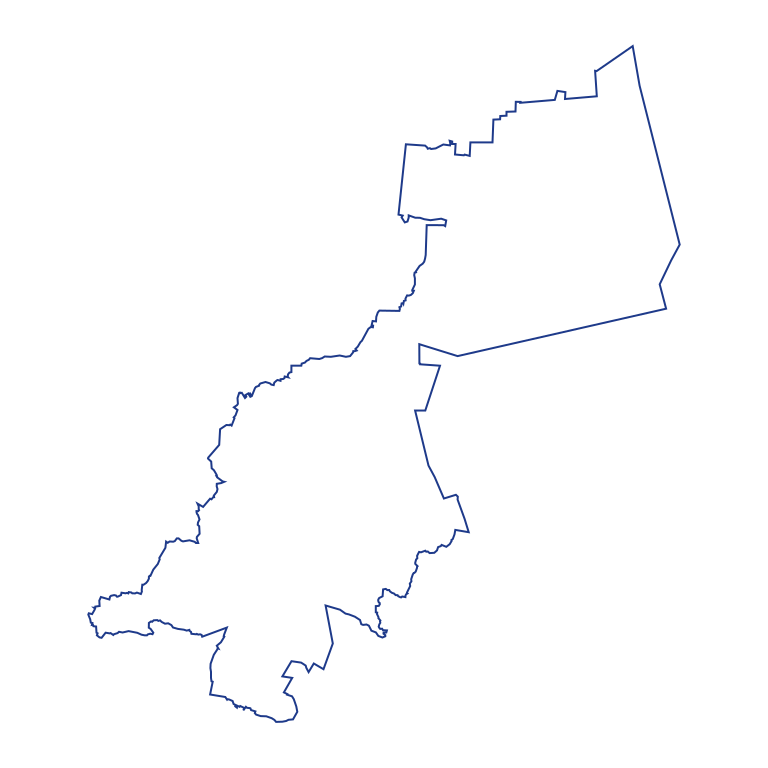 the district of Guadalupe, Zacatecas, Mexico
{"feature_id": "50627088B774169449273", "entity_name": "Guadalupe", "entity_type": "district", "adm_level": 2, "iso_a3": "MEX", "parent_name": "Mexico", "parent_adm1": "Zacatecas", "projection": "mercator", "projection_center": [-102.492, 22.782], "detail": "fine", "context": "isolated", "style": "outline", "palette": "blue", "viewbox_px": 768, "rotation_deg": 0, "n_neighbors": 0, "source": "geoboundaries", "source_scale": "gbopen_adm2", "svg_char_len": 6096}
<svg xmlns="http://www.w3.org/2000/svg" viewBox="0 0 768 768"><path d="M632.7,46.1L596.6,71.1L595.1,70.8L596.8,96.3L565.0,99.0L565.4,92.1L557.4,90.9L554.8,99.9L520.3,102.8L520.5,101.9L515.8,101.8L515.5,111.5L506.5,111.8L506.5,115.7L500.3,116.0L500.1,119.3L493.4,119.6L492.5,142.4L470.4,142.4L469.7,155.9L464.6,154.6L463.9,155.3L455.0,154.5L455.6,144.0L452.2,144.0L452.2,141.5L449.7,140.8L450.3,143.3L450.0,145.4L443.3,144.5L435.7,148.4L431.1,149.0L429.9,148.2L427.7,148.7L427.2,147.5L425.1,145.6L405.9,144.3L398.5,214.6L402.7,215.6L401.6,217.4L404.8,222.4L407.5,221.5L408.7,217.6L408.7,215.4L415.2,217.7L420.0,217.8L424.2,219.2L430.5,220.2L441.2,218.7L446.2,220.4L445.2,226.1L443.7,225.2L426.7,225.1L425.7,255.0L425.1,258.4L424.2,261.7L422.7,263.7L419.6,265.9L415.7,271.6L416.0,272.3L414.6,272.7L414.2,275.1L414.9,278.3L414.9,284.5L412.2,290.2L412.3,290.8L413.8,290.8L412.8,293.2L410.8,295.0L408.8,295.6L407.1,295.4L405.5,298.5L405.6,300.4L403.9,300.9L403.4,303.7L403.1,303.1L401.6,303.4L401.1,306.5L399.4,307.2L399.9,308.9L399.4,310.9L379.4,310.6L377.8,312.5L376.3,316.8L376.0,321.4L372.6,321.0L371.6,325.3L373.1,325.6L372.9,327.3L370.8,327.0L368.4,328.8L361.9,340.8L360.4,342.2L357.8,346.6L355.4,349.0L356.7,350.5L354.6,351.2L353.3,351.1L353.0,352.5L350.1,356.1L345.9,356.8L339.7,355.5L330.9,356.8L324.7,356.5L322.2,358.1L319.3,359.0L310.1,358.2L308.8,359.8L306.5,360.9L304.9,362.6L301.7,363.6L301.3,365.7L291.4,365.7L291.4,372.1L289.4,372.6L288.0,374.4L287.7,376.7L288.2,377.3L284.7,376.5L284.4,378.2L283.1,379.0L280.6,379.2L280.5,380.8L277.6,380.0L276.8,380.4L274.3,382.6L273.7,385.1L271.3,384.6L269.8,383.3L265.5,382.0L260.3,383.5L259.2,384.8L259.1,385.7L256.0,386.9L255.0,388.1L251.8,396.1L250.3,396.8L249.4,395.4L250.8,394.6L250.0,393.4L248.7,394.1L248.3,393.4L245.4,395.1L246.3,396.7L245.0,398.0L241.8,392.8L240.1,393.2L239.9,392.6L239.2,392.8L237.5,398.1L237.9,403.8L237.1,405.1L233.9,407.3L237.5,410.0L235.5,415.4L233.7,417.4L234.5,418.2L231.6,425.6L230.2,424.6L229.5,425.2L226.4,425.0L220.1,429.2L219.2,444.9L208.2,457.6L208.0,458.6L211.2,461.6L211.7,468.3L213.9,470.2L215.7,473.2L216.7,475.0L216.2,475.7L217.1,476.3L217.1,477.3L222.6,481.4L224.2,481.8L221.1,483.1L216.8,483.8L216.7,486.3L217.5,489.1L216.8,491.9L213.8,495.6L214.1,497.1L213.3,497.1L211.5,499.3L210.1,498.7L203.1,506.9L197.5,503.6L198.7,506.4L198.7,509.3L199.1,510.1L198.1,511.2L196.5,511.1L196.5,512.1L197.0,513.8L198.0,515.0L199.5,519.4L198.0,522.5L197.7,524.8L199.2,526.2L199.6,533.8L196.9,536.9L196.7,538.3L198.2,543.0L195.9,543.0L194.7,541.8L189.5,540.3L183.0,541.4L181.4,540.8L178.6,538.4L176.8,538.4L174.8,541.1L173.2,541.7L169.6,541.5L167.7,542.8L166.1,541.6L165.4,547.8L159.3,558.0L159.7,559.4L157.8,564.0L153.3,569.6L150.4,575.9L149.6,575.8L148.9,576.7L148.9,578.7L147.6,581.2L146.0,583.1L143.4,584.8L142.3,584.7L141.7,590.1L141.9,591.5L140.9,594.0L136.9,592.6L135.1,593.4L132.2,593.3L131.4,592.5L128.8,592.1L128.3,593.4L127.0,592.9L125.6,593.3L121.5,592.7L121.0,595.1L117.6,596.7L116.9,596.7L116.0,595.5L114.1,595.1L111.0,595.8L110.0,596.8L109.4,599.5L100.9,597.0L99.3,600.6L99.6,606.0L95.3,606.6L95.2,607.9L94.1,607.8L94.8,608.4L94.8,609.4L92.1,614.1L88.8,613.3L88.3,614.6L90.2,619.3L90.8,622.6L92.4,623.0L91.9,624.9L92.9,624.7L93.4,626.2L96.1,626.5L96.5,632.7L97.6,633.3L96.9,635.3L99.5,637.4L101.6,637.8L105.6,632.7L109.8,633.4L110.6,633.1L113.3,635.0L114.0,634.2L117.6,633.1L119.0,631.8L122.6,632.5L128.6,631.1L137.3,632.8L141.5,634.7L144.5,635.3L147.0,635.3L147.8,634.4L150.2,633.7L152.5,634.2L153.3,632.7L150.7,629.0L148.8,627.7L148.9,622.9L151.1,621.4L152.1,621.8L153.7,620.3L155.7,620.2L157.3,620.1L158.3,620.9L160.1,620.4L161.6,621.9L165.0,623.7L168.2,623.3L171.4,625.1L173.0,627.5L177.9,628.9L183.9,629.7L186.7,630.6L189.3,629.9L189.4,630.7L191.0,631.9L191.4,633.8L196.2,634.3L196.8,633.9L198.2,634.6L200.1,634.3L201.6,634.9L202.2,636.7L226.8,627.6L224.2,634.4L223.7,636.3L224.3,636.7L220.9,642.3L216.8,645.7L218.3,648.4L217.6,648.1L217.5,649.1L213.8,654.8L210.6,663.8L210.4,668.1L211.0,671.8L211.0,677.9L211.5,681.3L212.7,681.7L210.1,694.5L225.3,697.0L227.1,699.7L227.6,699.2L229.2,699.5L232.6,701.0L233.6,704.0L235.5,704.9L235.2,706.3L236.9,707.6L237.2,705.7L239.6,706.8L240.2,706.0L244.4,708.0L243.3,710.4L245.9,706.8L247.0,707.8L249.8,708.1L250.4,708.3L251.1,710.1L255.4,711.4L254.8,713.1L256.1,714.6L260.7,716.1L266.3,716.3L271.7,718.2L274.4,719.9L276.1,721.9L282.4,721.7L286.1,721.0L288.5,719.8L293.0,719.4L297.3,711.8L296.3,706.5L293.8,699.2L292.0,696.3L287.1,694.7L287.4,694.1L283.9,692.4L292.2,677.9L282.4,676.4L291.5,661.2L301.1,662.6L303.0,663.8L305.7,665.6L306.3,667.8L308.6,672.1L313.8,663.5L323.5,669.2L332.8,643.5L325.6,605.5L340.0,609.7L345.5,613.6L348.9,614.4L354.9,616.7L360.0,620.0L361.3,624.2L363.1,624.9L366.5,624.5L368.9,625.7L371.4,630.7L375.9,632.4L378.3,635.9L382.4,637.5L385.3,636.3L385.3,635.1L383.5,633.7L383.6,632.6L386.3,632.5L386.9,630.4L383.0,630.2L382.1,628.7L380.2,628.9L379.2,627.7L378.7,626.7L379.3,624.4L380.3,622.8L380.0,621.3L380.4,620.5L378.4,618.2L378.5,617.2L377.0,614.1L377.2,612.6L375.8,612.3L375.8,606.1L378.8,605.9L379.8,604.3L379.7,603.0L378.8,602.4L378.2,600.8L378.3,599.5L379.2,598.0L382.6,596.3L383.1,589.4L385.8,588.9L387.3,590.1L389.2,590.0L389.9,591.3L391.7,592.7L394.1,593.6L395.6,595.1L397.6,595.2L398.2,596.2L400.2,597.2L401.2,597.4L402.2,596.5L405.4,597.1L405.5,595.5L406.2,594.2L407.4,593.5L406.9,593.1L407.0,592.5L410.2,586.0L409.8,583.6L411.4,581.4L411.2,579.2L412.8,574.4L413.7,573.0L414.4,572.9L415.7,571.6L417.0,567.9L417.1,566.4L417.5,566.1L415.3,563.9L415.2,562.9L416.1,559.5L417.3,558.3L417.1,555.8L419.1,551.9L421.0,552.3L425.3,550.7L426.2,551.7L427.8,551.5L429.6,553.1L434.3,552.8L437.0,550.4L438.1,547.1L440.8,546.1L441.6,544.9L446.3,546.8L449.7,544.2L451.6,541.0L451.4,540.1L452.8,539.0L454.5,534.4L455.3,529.9L468.7,532.2L464.6,518.9L457.6,499.6L457.8,496.6L455.9,494.8L443.9,498.5L434.7,477.1L428.5,465.6L415.1,410.5L425.3,410.5L440.0,365.7L420.1,364.3L420.1,363.6L419.4,363.4L419.3,344.2L457.6,356.1L666.1,308.7L659.7,284.3L671.2,260.3L679.7,244.6L639.6,85.7L632.7,46.1Z" fill="none" stroke="#1e3a8a" stroke-width="2"/></svg>